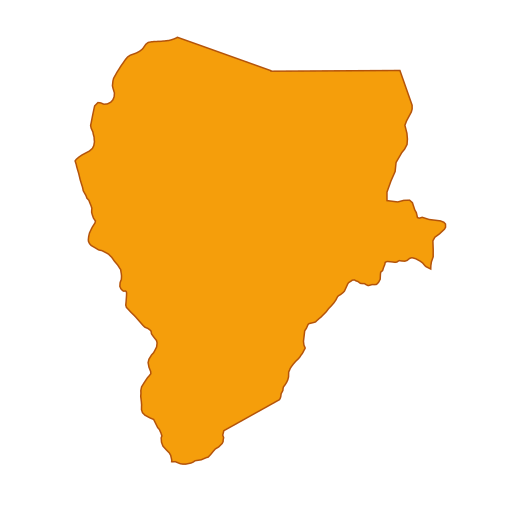 outline of Bordelais, Praslin, Saint Lucia, rotated 94°
{"feature_id": "8701671B2612636818679", "entity_name": "Bordelais", "entity_type": "district", "adm_level": 2, "iso_a3": "LCA", "parent_name": "Saint Lucia", "parent_adm1": "Praslin", "projection": "albers", "projection_center": [-60.899, 13.896], "detail": "fine", "context": "isolated", "style": "filled", "palette": "amber", "viewbox_px": 512, "rotation_deg": 94, "n_neighbors": 0, "source": "geoboundaries", "source_scale": "gbopen_adm2", "svg_char_len": 5993}
<svg xmlns="http://www.w3.org/2000/svg" viewBox="0 0 512 512"><g transform="rotate(94 256 256)"><path d="M60.9,125.4L70.6,253.9L70.1,254.0L50.0,325.6L43.3,349.7L43.4,349.9L43.6,350.0L43.8,350.2L44.5,351.7L44.9,352.3L45.0,352.6L45.2,353.0L45.3,353.2L45.9,354.7L46.4,355.9L46.7,356.8L47.0,357.7L47.3,358.8L47.3,359.3L47.3,359.6L47.5,360.0L47.6,361.0L47.9,362.0L47.9,362.5L48.0,363.2L48.1,363.7L48.2,364.5L48.3,364.8L48.4,365.2L48.4,365.7L48.5,366.1L48.6,366.8L48.6,367.1L48.7,368.2L48.7,369.0L48.9,369.5L49.0,370.2L49.1,371.8L49.1,372.1L49.2,372.6L49.2,372.9L49.3,373.4L49.4,373.7L49.6,374.6L49.6,375.3L49.9,376.1L50.1,376.9L50.3,377.9L50.7,378.7L52.5,380.7L52.7,380.8L53.7,381.4L54.7,382.0L55.0,382.2L55.9,382.7L56.6,383.1L57.0,383.5L57.3,383.6L57.5,383.8L57.8,384.1L58.2,384.5L58.5,384.8L58.7,385.1L59.2,385.6L60.0,386.6L60.5,387.3L61.0,388.2L61.5,388.9L61.9,389.7L62.4,390.7L62.8,391.7L63.2,392.5L63.3,392.8L63.6,393.5L64.2,394.9L64.5,395.4L64.6,395.6L65.0,396.2L65.3,396.5L66.2,397.7L67.1,398.5L68.1,399.1L68.3,399.4L68.8,399.7L70.2,400.6L72.8,402.1L75.2,403.6L77.0,404.6L77.8,405.0L80.4,406.4L82.4,407.5L83.7,408.1L85.9,409.1L86.1,409.3L86.5,409.4L87.7,410.0L88.9,410.5L90.9,410.8L91.1,410.9L96.2,411.1L98.8,410.3L103.2,408.6L105.1,408.6L107.0,408.6L110.3,409.7L112.3,411.3L112.7,411.6L114.2,414.1L114.6,414.8L114.7,415.2L115.2,418.3L114.1,421.6L114.1,421.8L114.0,422.8L114.0,424.4L117.5,427.4L119.2,427.7L127.1,428.8L134.6,429.7L137.3,430.1L139.9,429.4L143.8,427.3L145.2,427.0L145.9,426.8L147.6,426.2L148.7,425.8L151.2,425.5L153.4,425.1L157.1,425.5L157.7,425.7L158.1,425.9L158.9,426.2L160.1,426.7L163.2,429.8L163.3,430.1L165.1,433.0L167.4,436.7L169.0,438.7L169.8,439.7L172.1,442.0L173.8,443.1L176.3,442.1L177.0,441.8L179.4,441.1L181.0,440.5L181.6,440.3L186.1,438.6L192.2,436.7L195.6,435.4L197.9,434.5L198.5,434.2L199.3,434.0L199.6,433.8L202.9,432.9L206.0,430.9L207.3,430.0L207.7,429.8L209.2,429.1L210.0,428.8L212.1,426.6L214.3,425.6L215.3,425.1L217.5,424.0L219.1,423.4L219.6,423.1L221.8,423.1L223.9,423.0L224.5,422.8L226.0,422.3L226.5,422.1L229.5,420.8L231.1,419.6L231.8,419.0L232.2,418.6L234.2,418.9L236.4,420.1L238.4,421.2L239.1,421.5L240.0,421.9L242.3,422.8L244.6,423.7L246.4,424.0L248.4,424.3L251.5,424.4L252.2,424.3L252.7,424.2L252.9,424.2L254.1,423.6L255.3,422.9L256.1,422.1L256.9,421.3L257.2,420.8L259.2,416.7L260.8,413.6L261.0,412.8L261.4,410.0L262.0,408.6L263.7,404.7L264.1,404.0L264.4,403.2L265.1,402.5L267.4,399.8L271.0,396.9L274.8,393.2L275.3,392.9L275.6,392.6L277.7,391.1L278.9,390.1L282.0,389.4L282.7,389.2L283.3,389.1L284.9,388.8L286.3,388.7L288.9,388.7L290.3,389.2L290.6,389.3L291.3,389.5L292.2,389.7L293.5,389.7L295.8,389.7L297.1,389.0L298.0,388.6L298.6,388.0L299.7,386.8L300.2,385.9L300.3,385.6L300.1,384.1L300.0,383.8L300.3,383.3L300.5,383.0L301.9,382.5L304.8,382.4L309.7,382.4L310.3,382.4L314.1,382.5L315.1,382.1L316.3,381.7L318.6,379.2L320.9,376.8L324.0,373.1L324.5,372.6L325.1,371.9L330.4,366.6L330.7,366.3L333.0,364.0L334.7,362.0L335.3,360.4L335.4,360.0L335.8,358.8L337.3,356.5L337.8,355.8L338.3,355.6L338.7,355.3L340.8,354.9L341.1,354.7L343.1,353.1L344.7,351.7L347.2,349.4L349.6,348.6L353.7,348.8L356.5,350.0L356.8,350.1L357.5,350.4L359.6,351.4L359.8,351.5L360.1,351.8L360.5,352.1L362.0,353.3L366.4,355.6L369.9,356.2L373.7,355.2L374.2,355.1L377.6,353.5L377.8,353.4L378.2,353.2L378.6,353.0L380.8,352.7L381.8,353.4L383.0,354.2L384.4,355.3L384.9,355.7L388.0,357.5L390.2,358.7L390.6,359.0L391.1,359.2L393.2,360.3L394.5,361.0L397.4,361.4L398.3,361.5L401.0,361.2L401.3,361.2L404.1,361.2L408.9,360.3L409.3,360.2L412.1,359.8L412.4,359.7L412.7,359.7L413.6,359.7L417.3,359.5L420.2,358.3L420.7,357.8L421.2,357.2L422.7,355.5L422.8,355.1L423.3,354.0L424.0,352.5L424.1,352.3L425.0,350.2L426.2,346.7L429.2,344.9L430.1,344.4L433.0,342.7L434.0,342.1L435.2,340.9L435.9,340.2L437.5,339.4L439.3,338.4L439.7,338.3L442.0,337.3L443.6,337.8L444.1,337.9L445.0,337.8L445.4,337.7L448.3,337.3L451.0,336.1L452.1,335.6L452.8,334.9L455.5,332.1L457.2,330.2L458.4,328.8L460.8,327.2L463.8,326.3L465.6,325.8L466.3,325.8L467.1,325.8L467.1,324.8L466.8,322.2L467.6,319.8L468.5,317.0L468.7,314.6L468.5,311.5L467.6,308.3L467.1,306.5L465.9,304.2L464.5,302.5L463.1,296.4L460.6,291.5L460.0,289.7L457.2,287.4L453.9,285.1L451.3,283.1L449.1,279.9L445.4,276.7L443.5,275.9L441.5,275.9L439.5,275.6L437.0,276.7L432.5,275.9L397.7,222.6L396.2,221.9L394.6,221.5L391.5,221.3L389.2,220.2L388.0,219.8L386.6,219.8L384.7,219.5L382.6,218.1L380.0,216.7L377.4,215.7L374.3,215.1L369.4,215.3L367.3,214.5L365.9,214.1L363.9,213.0L361.4,211.4L358.2,209.0L355.6,206.6L353.7,205.2L351.8,204.2L350.2,203.1L348.8,202.4L346.4,201.4L344.8,200.6L344.2,200.6L342.6,201.4L342.0,201.8L341.0,202.1L337.8,202.7L327.2,202.2L326.2,201.6L324.6,200.7L320.7,199.3L319.8,198.5L318.2,193.5L317.6,192.0L316.2,190.8L314.6,189.2L314.3,189.0L312.1,186.6L311.2,185.9L306.8,182.1L303.4,179.9L300.1,177.1L299.9,177.0L297.4,175.1L294.2,173.2L292.2,172.4L290.7,171.7L289.7,170.7L288.6,169.0L286.3,166.5L284.8,165.3L277.1,162.4L276.0,161.6L274.0,158.9L273.4,158.4L273.0,156.0L273.7,154.9L274.4,152.4L276.0,150.0L276.1,148.3L276.0,145.8L276.9,144.2L277.7,142.1L277.4,141.0L276.4,138.2L276.3,136.0L276.0,134.0L275.1,133.0L273.5,131.8L270.5,130.5L265.5,130.6L263.5,130.5L261.7,128.7L258.4,127.9L255.7,127.0L254.5,126.8L253.4,126.7L252.6,125.5L252.3,124.5L252.4,120.0L252.6,116.8L252.2,115.0L251.2,113.8L250.6,112.8L250.8,110.5L250.8,107.2L249.9,105.0L247.7,102.6L247.0,101.0L246.9,99.7L247.6,96.4L249.6,92.0L251.3,89.3L253.9,86.8L254.8,85.6L256.8,80.8L253.3,80.9L249.6,80.6L244.4,79.2L237.1,79.7L228.5,80.6L224.8,78.9L221.1,74.5L216.0,69.8L214.0,68.9L210.9,69.2L209.2,71.0L208.1,74.5L207.5,85.9L205.8,92.9L206.9,95.8L206.4,97.6L201.5,99.1L199.0,100.8L191.9,103.7L189.6,106.7L190.2,112.5L192.2,118.4L191.6,129.2L183.1,129.8L171.7,126.6L162.0,123.1L152.9,122.8L142.7,117.8L139.0,115.2L134.2,113.1L128.8,113.1L123.1,114.0L115.2,116.6L110.6,115.2L101.5,111.1L98.4,110.5L94.7,110.8L61.1,125.3L60.9,125.4Z" fill="#f59e0b" stroke="#b45309" stroke-width="1.5"/></g></svg>